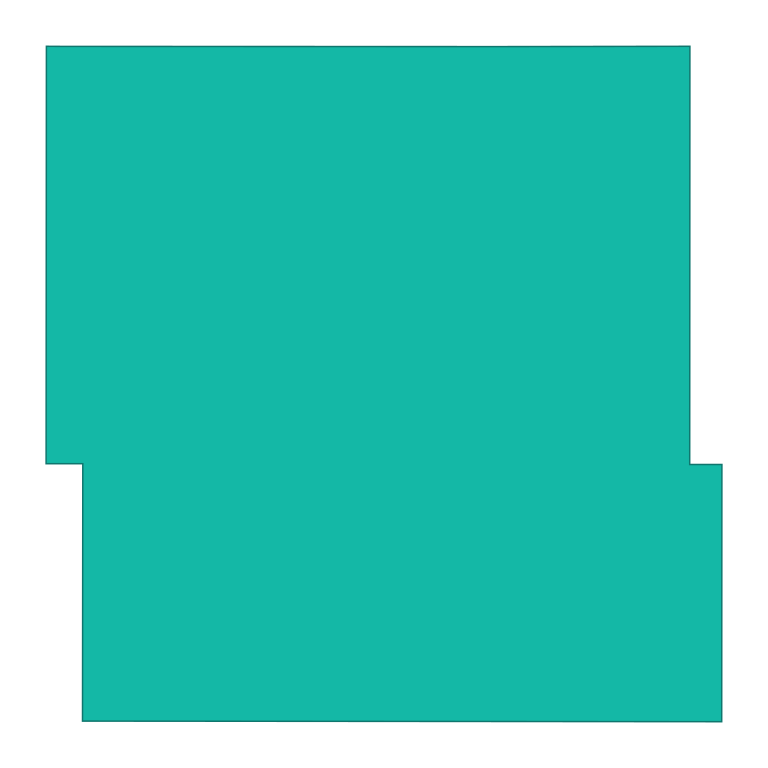 Rolette, North Dakota, United States of America
{"feature_id": "52423323B96885116348169", "entity_name": "Rolette", "entity_type": "district", "adm_level": 2, "iso_a3": "USA", "parent_name": "United States of America", "parent_adm1": "North Dakota", "projection": "mercator", "projection_center": [-99.803, 48.772], "detail": "fine", "context": "isolated", "style": "filled", "palette": "teal", "viewbox_px": 768, "rotation_deg": 0, "n_neighbors": 0, "source": "geoboundaries", "source_scale": "gbopen_adm2", "svg_char_len": 265}
<svg xmlns="http://www.w3.org/2000/svg" viewBox="0 0 768 768"><path d="M689.9,46.3L688.8,46.3L495.9,46.6L62.4,46.4L46.4,46.3L46.1,463.7L82.8,463.7L82.5,721.1L721.7,721.7L721.9,464.5L689.7,464.5L689.9,46.3Z" fill="#14b8a6" stroke="#0f766e" stroke-width="1.5"/></svg>